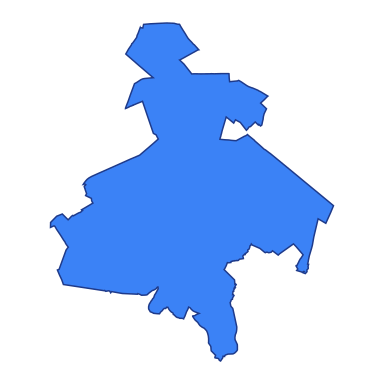 the district of Nopalucan, Puebla, Mexico
{"feature_id": "50627088B31186547643860", "entity_name": "Nopalucan", "entity_type": "district", "adm_level": 2, "iso_a3": "MEX", "parent_name": "Mexico", "parent_adm1": "Puebla", "projection": "mercator", "projection_center": [-97.825, 19.193], "detail": "fine", "context": "isolated", "style": "filled", "palette": "blue", "viewbox_px": 384, "rotation_deg": 0, "n_neighbors": 0, "source": "geoboundaries", "source_scale": "gbopen_adm2", "svg_char_len": 5909}
<svg xmlns="http://www.w3.org/2000/svg" viewBox="0 0 384 384"><path d="M260.5,126.0L261.7,125.2L262.0,124.2L262.5,121.7L263.1,119.3L263.1,119.0L263.4,116.5L263.5,116.2L264.1,113.8L266.5,108.8L260.6,103.1L264.4,99.6L267.5,96.4L267.9,96.1L260.6,91.7L259.1,91.0L258.0,90.3L257.1,89.9L252.6,88.0L252.3,87.9L251.8,87.8L248.6,86.6L246.8,85.6L241.3,81.9L238.7,80.4L238.4,80.4L237.6,80.9L233.4,81.3L229.6,81.7L229.2,78.0L229.0,73.7L228.8,73.6L221.5,73.6L214.3,73.8L211.2,73.7L209.8,73.8L209.7,73.8L200.8,73.9L194.9,73.8L191.7,73.9L184.0,64.1L179.6,60.0L179.9,59.9L180.1,59.8L187.7,55.6L197.8,50.0L198.8,49.8L194.3,44.8L193.7,44.4L193.4,44.2L191.5,42.0L189.9,40.4L188.1,38.4L186.6,36.0L185.5,34.1L182.7,29.7L180.5,26.1L180.0,25.1L179.5,24.3L177.5,24.2L174.1,23.3L166.8,23.0L160.3,23.3L150.3,23.8L143.6,24.4L142.8,28.0L140.6,27.7L140.3,27.9L140.2,27.6L138.1,33.3L137.1,35.4L136.9,36.5L136.6,37.5L134.0,41.2L132.6,43.1L131.8,43.7L131.3,45.1L128.6,49.0L125.8,54.0L126.3,54.5L139.4,65.9L153.2,77.7L144.7,78.5L143.0,78.8L141.0,79.6L136.8,82.4L134.5,83.7L130.5,94.5L128.1,101.4L126.7,104.9L125.5,108.1L125.5,108.5L126.1,108.2L126.5,108.2L127.4,107.7L127.8,107.6L128.4,107.2L128.8,107.1L130.2,106.3L130.6,106.2L131.9,105.8L133.0,105.1L133.4,105.2L133.5,105.1L133.5,104.9L134.5,104.6L135.0,104.4L136.3,103.8L142.5,101.3L142.6,101.6L147.5,116.1L153.4,133.4L156.2,134.9L157.1,136.9L158.3,139.0L152.9,143.8L139.6,155.2L131.1,158.8L97.9,173.6L91.7,176.4L89.0,177.9L87.2,179.3L85.9,180.7L84.2,182.9L83.3,184.3L84.0,184.1L84.7,184.0L85.1,184.2L85.8,184.7L85.3,185.5L84.4,185.9L84.2,186.8L84.5,187.3L84.7,188.2L85.1,188.8L85.1,189.4L86.6,193.6L85.6,195.6L91.4,198.4L91.5,199.7L91.7,200.9L92.9,203.1L85.3,207.6L81.5,209.8L81.8,210.1L82.2,210.3L82.5,210.6L82.0,210.8L81.2,211.6L80.5,212.4L79.8,212.5L79.3,212.6L77.7,213.4L73.4,215.8L72.8,215.4L71.6,216.2L69.4,218.5L68.1,219.8L62.3,214.0L56.7,216.2L50.6,222.4L50.5,227.4L53.6,226.0L54.5,226.0L55.1,226.7L56.7,229.5L60.8,235.6L63.6,240.1L65.0,242.0L65.6,243.4L66.3,244.5L68.3,247.2L67.9,247.6L66.1,250.0L59.1,269.3L57.4,270.0L59.5,275.0L61.7,279.7L62.5,281.9L63.4,284.5L104.8,290.8L104.9,290.6L105.7,291.3L108.8,290.8L109.8,291.2L110.7,292.8L111.6,291.6L122.4,293.5L137.5,294.2L137.8,293.6L140.3,294.5L141.3,295.2L141.8,295.2L145.0,295.1L146.7,294.9L147.2,294.7L148.9,293.1L151.9,290.8L152.4,290.5L153.7,290.1L155.7,289.0L156.4,288.4L157.1,287.4L157.4,287.1L157.7,287.0L158.0,287.0L158.2,288.6L158.2,288.8L156.7,291.5L155.8,293.2L154.6,295.0L153.7,297.7L152.5,299.0L152.3,299.6L151.3,300.8L149.2,304.3L148.6,306.7L148.6,308.3L148.7,309.1L150.3,311.8L152.2,312.5L153.6,313.3L157.1,313.7L159.5,313.8L160.7,312.0L162.3,310.6L163.3,309.2L164.3,308.4L165.7,308.5L166.5,307.3L167.9,307.3L168.9,309.3L169.8,310.5L171.4,312.1L172.4,312.6L172.9,313.0L173.2,313.6L173.3,314.5L174.1,314.8L175.8,316.6L177.2,317.5L178.2,317.6L179.8,318.3L181.6,318.3L183.3,318.6L183.6,318.8L183.7,318.4L184.2,317.6L184.9,316.2L186.6,311.6L187.4,310.2L188.1,308.6L188.6,307.1L190.0,307.7L191.1,309.1L192.8,310.7L194.4,311.6L199.1,313.4L196.3,314.6L194.8,315.6L192.7,316.0L192.7,316.4L193.4,317.5L195.0,319.9L196.4,321.2L197.8,322.4L198.7,323.9L199.9,325.5L202.0,327.1L204.3,328.3L205.6,329.7L206.6,330.8L207.4,332.6L207.9,334.3L208.3,335.9L208.6,338.6L208.6,341.7L208.5,342.9L209.3,344.2L210.1,345.3L210.6,346.1L210.9,347.0L211.0,348.8L211.2,350.8L215.0,354.7L215.6,355.2L215.0,356.9L214.9,357.7L215.2,357.9L217.5,358.3L218.4,358.6L218.7,358.9L219.4,360.4L220.6,361.0L222.5,358.2L222.7,357.9L223.1,356.2L224.6,356.5L224.8,355.6L225.1,355.3L226.0,354.8L228.1,354.1L232.9,353.9L233.6,353.6L234.7,353.0L236.5,351.3L237.4,349.9L237.4,346.0L237.3,344.5L236.2,342.1L235.0,339.6L235.1,339.2L235.0,338.7L234.9,337.7L235.2,335.5L235.3,334.8L236.0,333.1L236.4,331.8L236.7,329.7L236.8,327.0L233.0,309.3L232.7,308.3L231.0,306.4L230.7,305.6L230.4,303.8L230.1,302.6L230.7,301.7L231.1,300.3L231.4,299.7L232.0,299.3L232.4,299.3L232.6,297.8L234.0,295.5L233.0,294.3L232.6,294.5L233.0,291.4L233.7,291.3L233.7,290.7L233.8,289.8L235.1,287.9L234.3,287.9L236.2,284.5L235.4,283.8L234.9,284.1L234.5,279.9L224.1,269.6L225.0,268.2L226.3,265.5L227.4,262.6L228.6,262.8L230.9,262.5L231.1,261.5L232.8,261.1L233.0,260.9L233.4,261.0L234.5,260.9L234.5,260.7L235.2,260.7L236.5,260.6L236.9,260.4L237.2,260.6L238.4,260.4L239.1,259.6L239.6,259.2L240.0,259.1L241.1,259.0L243.4,258.6L243.4,258.4L243.1,257.1L242.9,256.7L242.9,256.4L242.9,256.1L243.0,255.9L243.0,255.7L243.9,254.8L245.0,254.7L245.3,254.2L245.1,253.9L244.9,253.9L245.4,253.4L245.9,253.3L247.1,252.2L247.4,252.1L248.0,251.4L247.7,250.4L247.8,249.9L249.0,249.2L249.7,247.4L249.9,246.0L250.9,245.0L251.3,244.0L252.1,245.0L254.9,246.2L259.9,248.4L264.6,252.3L265.3,252.7L266.4,252.2L267.2,252.2L268.6,252.7L269.1,252.7L270.2,252.4L270.6,252.4L271.2,252.2L271.4,252.0L272.5,250.8L278.2,255.1L279.7,253.7L293.5,243.9L296.1,246.6L303.1,254.8L300.9,258.3L300.6,258.4L299.3,260.6L298.6,262.2L296.8,265.7L296.2,265.6L296.0,265.9L297.8,269.0L296.7,270.5L302.7,272.3L303.7,271.4L304.1,271.5L302.9,272.7L305.3,273.6L306.4,272.4L306.8,271.8L307.0,271.7L306.9,270.0L308.2,268.6L308.2,267.7L308.2,267.0L308.0,266.8L308.1,266.1L308.6,264.3L307.6,264.1L308.2,261.7L308.3,260.8L309.3,255.9L311.6,248.2L312.4,245.1L313.8,237.0L318.1,218.8L325.8,223.3L330.5,212.9L333.5,205.7L328.6,201.6L302.3,179.9L298.6,176.8L270.4,153.6L269.2,152.8L265.6,150.0L264.0,149.1L259.4,144.9L254.9,141.0L254.3,140.2L249.1,136.0L247.4,134.5L246.8,135.1L245.7,135.8L244.3,136.3L243.6,136.7L236.2,140.7L234.4,140.6L230.9,140.3L229.1,140.0L225.4,139.8L219.9,139.3L220.2,137.8L220.4,137.4L220.9,135.8L221.1,134.6L221.3,134.2L221.6,133.0L221.7,132.8L221.7,132.4L222.3,130.1L226.2,117.0L228.9,119.1L233.7,123.1L235.5,119.8L236.9,120.6L240.3,122.4L246.4,130.3L247.2,129.5L247.9,128.7L248.6,127.6L249.3,126.8L250.5,126.6L251.5,125.6L255.2,122.0L258.3,125.0L258.8,124.4L260.5,126.0Z" fill="#3b82f6" stroke="#1e3a8a" stroke-width="1.5"/></svg>